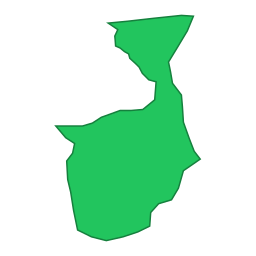 outline of Artemi, Cyprus
{"feature_id": "46923920B3651826109354", "entity_name": "Artemi", "entity_type": "district", "adm_level": 2, "iso_a3": "CYP", "parent_name": "Cyprus", "parent_adm1": "", "projection": "robinson", "projection_center": [33.718, 35.325], "detail": "fine", "context": "isolated", "style": "filled", "palette": "green", "viewbox_px": 256, "rotation_deg": 0, "n_neighbors": 0, "source": "geoboundaries", "source_scale": "gbopen_adm2", "svg_char_len": 788}
<svg xmlns="http://www.w3.org/2000/svg" viewBox="0 0 256 256"><path d="M108.2,23.1L117.8,29.6L114.8,36.1L115.2,40.4L115.6,46.0L120.1,48.0L124.5,51.6L128.6,53.9L129.8,58.3L135.5,63.5L139.1,67.1L142.4,73.4L148.8,79.8L156.1,81.8L154.7,99.8L142.8,109.5L131.0,110.5L120.1,110.5L101.3,117.3L92.4,123.1L82.5,126.0L68.7,126.0L55.8,126.0L65.7,137.7L74.6,143.5L72.6,153.2L66.7,161.0L67.7,179.5L70.7,192.1L73.6,210.5L77.6,230.0L81.7,232.0L91.4,236.8L106.3,240.6L123.1,236.8L137.9,231.9L149.7,226.1L150.7,212.5L158.6,203.7L171.5,199.8L178.4,188.2L183.4,170.7L200.2,159.1L194.2,151.3L189.3,138.7L183.4,122.2L182.4,106.6L181.4,95.0L172.5,83.3L170.5,71.7L168.5,62.0L177.4,47.4L187.3,30.9L193.4,16.2L181.4,15.4L153.7,18.3L128.0,21.2L108.2,23.1Z" fill="#22c55e" stroke="#15803d" stroke-width="1.5"/></svg>